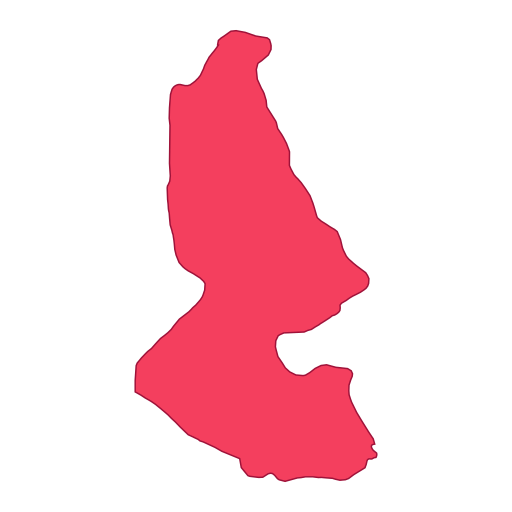 the district of San Miguel Chicaj, Baja Verapaz, Guatemala, rotated 180°
{"feature_id": "79465075B93573685997449", "entity_name": "San Miguel Chicaj", "entity_type": "district", "adm_level": 2, "iso_a3": "GTM", "parent_name": "Guatemala", "parent_adm1": "Baja Verapaz", "projection": "orthographic", "projection_center": [-90.423, 15.141], "detail": "fine", "context": "isolated", "style": "filled", "palette": "rose", "viewbox_px": 512, "rotation_deg": 180, "n_neighbors": 0, "source": "geoboundaries", "source_scale": "gbopen_adm2", "svg_char_len": 3554}
<svg xmlns="http://www.w3.org/2000/svg" viewBox="0 0 512 512"><g transform="rotate(180 256 256)"><path d="M137.3,67.9L138.8,73.2L143.3,79.9L150.4,91.3L155.4,99.6L160.4,109.8L161.5,112.8L162.9,117.2L163.2,121.2L163.0,126.9L161.3,132.1L159.8,135.7L159.5,138.3L160.8,141.2L164.4,143.4L176.2,144.7L185.4,147.2L190.9,146.5L196.8,143.6L202.2,139.4L206.6,136.8L208.9,136.4L216.1,137.0L222.3,140.1L226.7,144.1L229.6,148.8L234.1,155.4L236.0,162.6L236.6,165.2L236.2,171.3L233.8,176.3L232.0,177.4L228.1,179.1L207.8,180.0L204.2,181.6L200.6,182.6L196.6,185.2L193.1,187.2L191.4,188.5L190.0,189.3L182.4,194.2L179.7,196.3L177.3,197.0L175.1,198.3L173.3,199.8L172.1,201.5L171.8,204.1L172.0,206.9L170.5,208.8L165.6,211.7L162.6,213.9L159.3,215.9L155.8,217.6L151.5,219.8L147.8,222.3L146.0,223.7L144.3,226.0L143.4,228.6L143.1,233.3L144.5,236.5L146.3,239.3L155.8,246.4L158.8,248.9L163.4,253.0L165.7,255.8L168.5,261.5L169.5,264.0L170.1,266.4L171.5,272.4L174.8,280.4L177.3,282.4L182.5,285.5L183.8,286.4L185.3,287.4L190.7,290.8L193.5,293.2L194.7,294.3L195.4,296.2L197.8,304.6L199.1,308.8L202.0,316.3L206.6,323.4L210.8,329.3L213.1,331.9L214.2,333.2L215.8,334.7L218.1,337.4L221.1,343.1L222.6,346.6L222.5,360.2L222.9,361.5L223.3,362.6L225.5,368.5L228.7,374.7L229.6,376.2L230.1,377.1L234.3,383.4L235.7,389.4L236.4,391.0L245.2,405.0L245.9,411.8L246.3,413.0L247.9,418.4L249.2,421.2L250.6,423.6L254.7,432.7L255.7,442.5L254.2,448.4L253.7,449.0L250.4,451.3L243.7,457.0L241.0,462.5L240.9,466.3L241.3,468.4L242.5,472.3L244.8,474.1L256.4,476.0L266.7,479.6L275.9,481.3L281.1,480.8L288.4,475.6L290.9,474.0L293.6,471.6L294.4,467.1L293.6,466.9L295.6,464.0L298.1,460.7L299.8,458.7L301.2,456.9L302.9,454.8L303.7,453.2L304.4,451.9L305.5,450.0L306.1,448.8L307.2,446.8L308.5,443.1L311.6,436.6L313.9,433.7L315.4,432.3L316.6,431.0L319.2,429.0L320.8,427.9L321.6,427.2L324.2,426.4L327.0,426.4L331.9,427.5L333.8,427.4L335.4,426.9L336.9,426.1L338.4,424.9L339.9,422.8L340.8,419.9L341.5,417.5L342.5,404.3L342.8,393.7L342.0,386.7L342.5,348.6L341.7,336.1L342.2,330.9L343.0,329.0L343.8,327.2L344.5,326.1L344.8,324.1L344.4,312.5L343.9,308.0L343.6,303.4L343.4,301.7L342.8,299.0L342.4,293.6L341.8,287.1L340.2,281.9L339.9,280.6L339.5,278.9L338.9,277.3L338.6,275.0L338.1,272.0L337.7,268.3L337.2,262.6L335.9,257.0L332.9,249.5L329.1,245.2L326.9,243.3L325.9,242.6L323.9,241.2L318.4,238.2L316.1,236.7L313.6,235.1L312.1,234.2L308.3,230.6L306.9,228.3L307.3,221.9L309.0,216.8L309.8,215.0L311.7,212.1L316.4,206.7L317.4,205.9L319.3,204.2L320.8,202.5L323.1,200.2L332.6,192.9L338.6,185.6L340.7,182.6L344.2,179.2L347.4,176.6L351.5,173.5L356.1,168.5L360.5,163.5L364.3,160.5L366.6,158.2L370.5,154.1L374.8,148.9L375.8,146.4L376.8,131.6L376.8,120.1L371.1,116.9L366.9,114.1L362.8,111.8L360.8,110.6L356.7,107.8L351.4,103.5L346.1,99.0L344.0,97.2L340.6,93.7L336.7,90.1L331.7,84.9L323.8,77.3L313.8,72.6L312.0,71.1L310.7,70.7L308.8,70.1L296.9,64.6L290.1,60.7L272.3,53.4L270.7,44.4L264.1,36.4L263.1,36.0L262.2,35.7L253.2,34.6L249.2,34.8L243.9,38.2L241.6,38.8L239.6,38.5L237.4,36.8L234.5,33.3L232.8,32.2L226.9,30.7L214.6,34.1L211.1,34.4L206.6,35.2L199.1,35.2L193.6,34.5L190.5,34.6L186.2,34.2L179.5,33.7L176.6,32.8L172.1,31.8L166.6,32.3L163.4,33.5L158.2,37.4L147.0,44.3L146.6,45.5L145.9,47.3L145.4,49.4L145.0,51.2L144.4,52.4L143.0,53.2L142.1,53.1L140.7,53.0L139.8,53.2L139.0,53.7L137.8,54.3L137.0,54.4L136.0,54.6L135.5,55.8L135.3,56.5L135.2,57.8L135.4,58.9L136.3,59.7L136.9,60.1L137.4,60.6L138.2,61.2L139.1,62.1L140.1,63.7L140.6,65.1L140.6,66.0L140.0,67.1L138.8,67.6L137.3,67.9Z" fill="#f43f5e" stroke="#9f1239" stroke-width="1.5"/></g></svg>